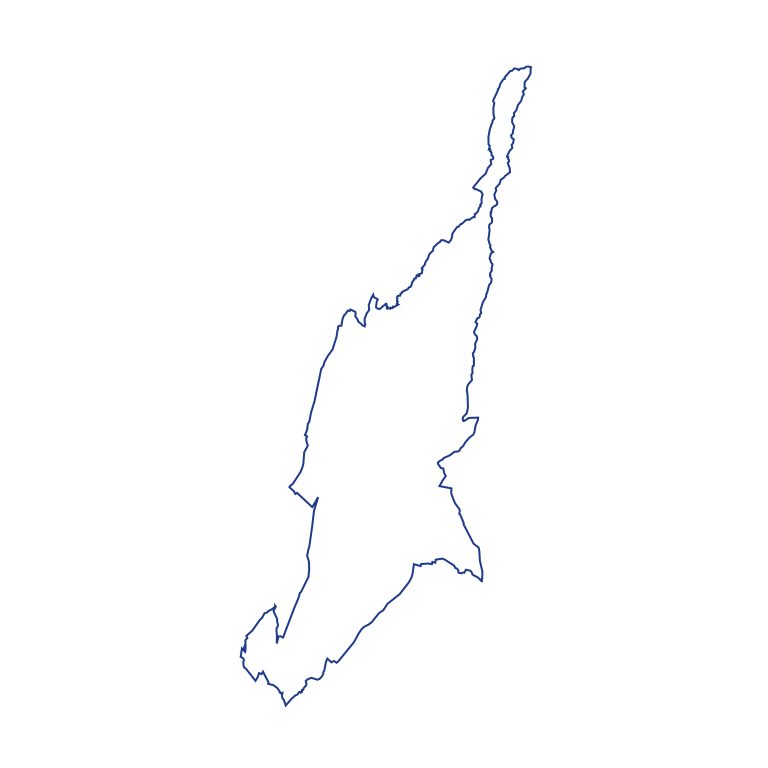 Xiutetelco, Puebla, Mexico, rotated 5°
{"feature_id": "50627088B11716767923603", "entity_name": "Xiutetelco", "entity_type": "district", "adm_level": 2, "iso_a3": "MEX", "parent_name": "Mexico", "parent_adm1": "Puebla", "projection": "equal_earth", "projection_center": [-97.339, 19.746], "detail": "fine", "context": "isolated", "style": "outline", "palette": "blue", "viewbox_px": 768, "rotation_deg": 5, "n_neighbors": 0, "source": "geoboundaries", "source_scale": "gbopen_adm2", "svg_char_len": 6128}
<svg xmlns="http://www.w3.org/2000/svg" viewBox="0 0 768 768"><g transform="rotate(5 384 384)"><path d="M323.3,512.9L328.3,502.4L325.3,516.5L324.9,531.6L323.7,553.4L323.2,554.6L322.4,561.8L324.7,567.5L325.6,575.2L325.6,582.6L319.5,598.4L318.4,599.4L317.6,604.1L313.5,617.1L305.5,645.4L302.8,644.3L301.0,644.5L299.8,651.9L299.2,643.6L298.3,638.8L298.4,636.1L299.4,634.5L299.3,632.8L298.2,629.9L298.1,627.5L294.0,620.5L293.8,619.4L295.6,615.1L294.9,614.3L295.0,615.2L292.1,618.1L288.2,620.6L287.6,621.7L285.0,622.8L282.6,628.2L281.2,629.3L274.2,641.3L268.8,646.9L270.1,648.8L268.2,651.3L269.0,658.0L268.0,657.2L267.5,659.5L268.5,659.6L269.3,661.4L269.0,663.0L265.5,659.8L265.0,668.3L267.6,669.5L268.6,671.3L268.0,673.2L268.5,676.3L269.4,678.4L271.4,679.8L281.9,690.9L284.0,686.4L284.7,682.9L287.3,683.7L288.5,681.1L294.9,691.2L294.7,692.8L300.0,693.6L304.1,696.1L307.4,700.1L307.2,700.5L308.5,701.3L309.8,700.6L309.5,702.4L310.0,705.6L311.8,707.5L314.1,712.8L319.3,705.7L322.8,702.0L324.9,700.8L326.4,698.2L327.6,698.0L328.1,698.7L329.0,698.2L328.9,696.0L330.2,695.7L330.3,694.3L332.7,691.0L332.9,689.6L331.9,686.8L333.3,685.1L337.2,683.0L343.5,684.4L345.4,683.5L347.4,681.1L348.7,678.3L348.7,676.3L349.5,674.9L350.4,666.1L351.5,662.5L355.9,665.9L357.7,664.5L358.8,664.5L361.1,665.8L362.9,663.9L376.7,643.6L380.8,634.1L383.2,630.0L385.4,627.6L389.3,625.2L392.5,622.4L398.9,612.8L403.0,609.4L406.7,602.6L417.9,592.0L426.3,579.0L428.1,574.8L429.0,570.6L429.5,560.9L436.3,562.2L436.7,560.1L443.6,559.0L447.4,559.3L447.7,557.0L450.6,557.6L450.9,554.5L457.1,552.9L459.8,553.6L469.7,558.8L471.1,561.1L472.9,561.6L474.4,563.3L474.4,565.1L475.3,565.6L477.6,565.9L479.1,564.9L480.4,565.0L481.8,561.9L486.1,562.4L487.6,563.7L488.8,566.2L494.5,568.6L499.2,572.5L498.5,571.0L498.4,569.4L498.8,569.2L498.4,562.5L494.9,551.6L493.6,542.6L492.6,538.8L487.1,535.2L475.5,516.8L475.6,515.7L471.2,507.3L470.3,506.8L470.6,503.5L469.9,502.0L465.2,496.7L461.0,488.4L460.4,486.2L460.3,482.1L448.2,480.9L451.0,474.5L453.6,470.3L451.9,467.9L450.4,463.0L448.0,462.8L445.1,459.3L444.5,457.7L446.7,455.4L448.8,454.3L449.7,452.7L455.8,449.3L460.2,445.3L463.9,444.7L465.0,443.6L466.0,441.2L468.2,439.0L469.9,435.4L473.6,430.1L477.3,426.7L478.2,424.5L478.9,417.2L480.7,411.6L480.7,409.3L471.5,410.4L467.1,413.8L466.2,413.9L465.5,412.5L465.7,410.0L468.9,406.1L469.7,400.4L468.2,387.7L467.1,383.2L467.1,379.7L468.2,376.5L471.3,372.4L470.2,367.4L471.2,365.4L470.7,361.9L470.9,358.4L471.8,357.9L471.9,356.7L471.2,349.7L470.3,348.8L470.4,347.3L469.8,345.7L470.7,344.5L471.6,341.5L471.8,339.2L471.2,336.1L473.0,331.1L472.3,328.4L470.2,326.5L469.1,324.4L471.4,318.0L471.6,315.8L469.7,314.3L471.4,310.2L472.7,309.8L473.5,308.5L473.5,306.3L474.7,305.0L473.7,302.0L475.4,293.8L478.0,288.5L478.1,285.3L478.7,284.4L480.1,276.2L481.6,274.1L482.0,272.5L482.0,269.9L480.4,267.7L480.7,266.8L480.1,266.4L480.0,264.6L481.6,261.3L481.1,260.1L481.7,255.2L479.9,253.4L479.5,251.4L478.6,250.7L478.2,249.2L479.2,244.4L481.3,243.0L479.1,241.3L478.9,240.2L477.7,238.8L478.0,236.5L476.6,234.7L476.5,233.4L475.4,231.3L475.8,221.4L475.0,219.0L475.1,216.1L477.4,213.6L477.5,212.2L477.1,209.2L476.2,208.5L475.3,205.8L475.9,204.0L475.3,203.7L476.1,201.7L476.2,199.5L478.0,197.5L480.4,196.1L481.2,193.8L480.4,191.9L478.6,190.0L477.4,185.9L479.0,181.1L478.2,179.7L478.4,178.8L481.6,174.6L482.6,170.2L485.2,168.3L486.2,166.5L491.1,162.0L490.4,158.1L488.0,153.0L489.2,151.3L489.1,150.2L488.3,149.6L487.9,147.2L487.1,147.4L486.7,146.4L488.9,140.6L491.3,137.7L490.3,134.9L491.6,132.8L492.0,129.1L489.9,127.7L488.9,125.5L490.7,122.5L490.4,121.3L491.3,116.1L488.8,112.0L488.6,108.3L489.2,106.8L490.3,105.9L489.9,102.7L492.0,99.7L493.1,94.4L495.9,90.2L496.8,85.9L498.1,83.3L496.8,80.4L499.5,77.0L498.3,76.5L497.8,72.0L498.2,70.4L500.7,67.1L502.9,62.0L502.6,56.6L503.0,55.8L502.4,55.4L499.6,55.2L497.5,55.8L496.4,57.2L492.2,58.0L490.9,59.6L489.0,58.4L486.3,58.3L484.1,60.9L482.5,61.2L477.4,68.1L477.8,69.4L476.1,70.4L473.6,75.1L473.0,78.6L471.8,80.3L472.0,80.8L471.0,84.0L468.1,91.8L468.1,92.9L469.4,94.6L468.9,99.3L469.5,105.3L470.8,109.7L469.2,112.2L469.2,114.6L468.5,115.7L467.1,121.9L466.5,129.1L467.3,136.3L468.7,137.6L468.0,141.3L468.8,141.1L469.0,140.5L469.6,141.2L469.4,142.8L470.8,143.8L471.3,146.9L472.9,148.0L473.2,149.4L472.9,150.4L470.7,151.6L471.7,155.5L468.8,159.5L466.9,165.7L462.2,170.8L455.7,180.5L457.5,182.0L458.3,181.7L463.9,183.8L465.7,186.4L465.0,191.1L465.5,195.5L464.4,196.7L464.2,197.5L464.8,198.3L463.2,200.5L462.6,203.7L461.0,206.0L459.7,206.6L459.7,209.9L458.4,209.9L454.3,213.2L453.5,212.8L451.3,213.5L447.8,217.6L446.7,217.8L444.4,221.0L443.2,221.1L439.8,226.8L438.9,228.9L439.0,231.9L438.1,234.8L436.2,237.5L431.0,235.6L428.8,235.7L428.0,236.1L427.5,237.6L426.0,238.5L421.9,243.0L421.2,244.7L421.3,246.7L417.9,250.6L416.7,255.5L414.8,258.5L414.2,261.7L411.6,265.1L411.6,265.9L412.4,266.2L412.0,270.4L408.9,271.7L409.2,272.4L409.8,272.4L409.8,273.3L408.8,273.7L408.5,273.0L407.1,272.9L406.4,276.0L404.9,276.4L404.9,277.5L403.2,280.1L402.8,282.9L402.0,285.0L400.3,285.6L399.6,287.3L394.0,290.7L393.7,292.0L392.6,292.6L392.4,294.6L390.0,295.1L389.3,296.8L390.0,298.0L389.6,299.3L389.8,300.4L390.6,301.0L389.7,303.0L391.3,303.6L387.3,306.5L386.3,306.1L385.8,307.6L384.2,307.4L383.7,308.5L381.8,307.7L381.0,308.7L380.3,308.5L380.5,306.8L379.8,306.6L379.7,304.1L379.0,303.8L373.2,309.7L372.1,309.7L369.6,308.7L369.3,307.6L369.6,302.3L370.4,300.2L366.1,298.2L365.5,296.0L364.1,298.9L361.9,306.7L362.8,311.7L360.7,314.9L359.0,320.8L359.5,325.0L360.2,326.0L359.7,328.3L357.0,327.3L356.3,326.2L353.1,324.3L352.2,322.3L349.3,318.6L349.7,316.5L349.1,314.6L344.0,312.7L343.4,314.3L341.6,314.0L339.0,318.4L338.2,319.0L337.0,323.2L336.5,329.6L333.9,330.1L333.2,331.4L333.5,332.8L333.0,334.4L332.6,341.2L329.7,354.2L325.7,360.8L322.8,367.1L322.0,371.4L320.2,374.2L316.3,407.1L313.8,419.0L312.9,427.8L311.7,430.2L311.3,436.7L309.7,441.9L311.4,442.3L312.0,443.4L311.2,444.9L311.9,448.4L313.5,452.0L310.5,458.9L310.6,470.5L310.1,473.7L308.6,478.8L301.9,491.3L299.0,494.2L298.8,495.1L303.4,498.5L305.3,501.3L306.9,500.1L323.3,512.9Z" fill="none" stroke="#1e3a8a" stroke-width="2"/></g></svg>